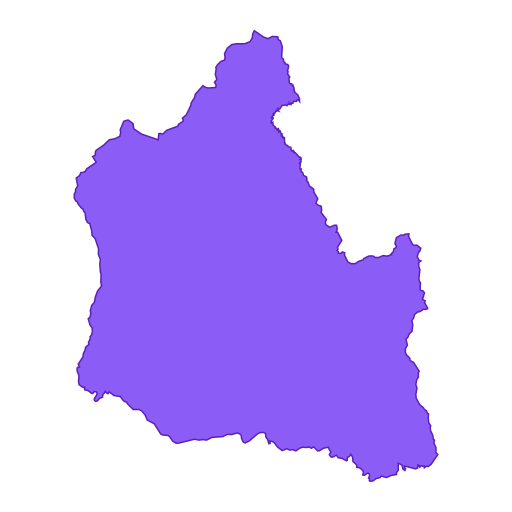 the district of La Unión, Antioquia, Colombia
{"feature_id": "7082276B25571506538926", "entity_name": "La Unión", "entity_type": "district", "adm_level": 2, "iso_a3": "COL", "parent_name": "Colombia", "parent_adm1": "Antioquia", "projection": "orthographic", "projection_center": [-75.352, 5.952], "detail": "fine", "context": "isolated", "style": "filled", "palette": "violet", "viewbox_px": 512, "rotation_deg": 0, "n_neighbors": 0, "source": "geoboundaries", "source_scale": "gbopen_adm2", "svg_char_len": 5999}
<svg xmlns="http://www.w3.org/2000/svg" viewBox="0 0 512 512"><path d="M431.2,464.2L437.8,454.6L435.9,452.3L436.0,447.5L433.9,443.1L434.5,440.1L433.4,439.2L432.6,434.9L430.8,431.2L430.2,428.5L430.7,425.7L428.8,422.9L428.2,418.2L428.6,413.9L427.4,413.2L426.4,410.6L424.5,409.7L423.6,407.9L419.5,404.4L416.2,398.1L415.8,394.6L417.0,388.0L415.8,384.5L416.9,379.2L418.4,377.2L418.3,373.1L419.2,371.3L413.7,362.6L410.1,360.5L409.7,358.0L406.6,355.0L405.3,352.4L405.4,348.8L407.4,345.1L406.0,339.3L407.9,337.2L409.3,333.8L412.0,331.4L412.8,324.7L411.8,320.8L413.7,317.8L414.6,314.5L417.5,312.0L419.7,311.7L423.8,309.1L425.6,309.5L427.5,308.8L427.6,308.1L424.7,302.9L425.2,300.8L422.5,299.4L424.5,292.8L423.0,290.9L420.6,290.5L420.1,288.6L420.5,282.8L419.3,281.2L418.9,278.6L419.9,269.7L418.8,266.6L418.7,262.4L420.9,260.9L418.8,260.0L417.3,256.8L418.2,253.1L420.0,250.8L420.8,248.2L417.0,245.2L413.5,245.2L412.6,244.5L408.7,236.8L408.9,233.8L404.7,234.3L403.4,235.2L400.9,235.0L396.4,237.7L394.9,243.5L396.3,246.2L396.2,247.5L393.9,248.9L393.3,251.8L391.5,253.4L391.6,254.7L390.5,254.6L389.5,255.5L386.6,256.1L383.1,255.6L378.6,257.5L374.6,257.4L373.9,256.3L371.2,255.9L368.6,256.1L364.0,258.4L363.0,259.9L358.5,261.4L355.4,263.6L351.3,263.7L347.8,261.9L345.0,256.2L344.4,254.1L344.8,252.8L342.4,251.9L340.7,253.4L338.3,253.2L338.2,251.5L337.0,250.5L338.0,249.1L337.5,247.2L341.8,240.4L337.6,232.1L336.1,232.2L337.3,229.0L336.6,225.3L334.4,225.2L329.8,227.2L325.8,224.7L325.3,222.0L326.5,219.6L320.9,212.1L321.7,210.5L321.2,206.2L317.9,205.1L315.8,203.0L317.8,198.8L313.9,192.1L313.6,189.0L309.4,186.0L308.0,182.1L306.4,180.2L306.9,179.2L306.5,176.9L303.6,175.4L302.7,172.7L301.1,171.2L301.2,169.0L300.3,169.1L299.9,167.6L300.4,163.7L299.6,163.4L301.1,161.7L300.7,161.1L301.1,159.9L300.1,159.3L301.1,158.8L300.8,157.3L299.3,157.1L295.3,152.7L294.2,152.8L294.1,151.4L293.2,151.5L293.1,150.5L291.4,150.8L290.8,147.3L288.4,146.9L287.6,145.4L286.0,145.1L284.9,144.0L285.3,143.3L284.6,142.7L284.4,137.8L283.5,138.1L283.4,137.2L282.5,137.5L282.4,135.9L281.4,135.7L282.2,134.0L281.0,133.6L280.2,131.1L278.7,132.0L278.8,130.8L277.9,130.3L278.9,130.1L278.4,128.7L277.2,129.4L276.6,128.2L275.2,128.0L275.1,126.8L273.2,125.2L272.8,123.2L271.9,124.1L272.7,122.3L271.0,122.7L271.1,121.3L273.1,118.5L273.0,117.7L272.1,118.1L271.5,117.6L272.9,115.5L273.8,115.2L273.2,114.1L273.8,113.3L274.5,113.7L276.3,110.3L276.9,111.1L277.4,110.5L278.7,111.0L277.8,109.6L278.1,108.3L279.7,109.1L282.2,105.4L285.6,105.0L287.0,105.7L288.2,104.1L289.7,104.4L289.4,102.8L291.0,104.2L291.0,103.4L292.9,103.3L293.2,101.4L296.6,101.4L296.8,100.1L298.1,99.6L299.6,101.5L299.4,98.5L297.7,94.7L294.5,92.2L294.7,91.1L293.6,89.9L294.2,89.1L293.6,86.8L292.8,86.2L293.1,85.3L292.2,85.3L291.7,83.7L290.2,83.8L289.4,82.8L288.9,78.1L289.8,77.1L287.6,73.8L288.1,71.7L287.5,71.1L288.7,66.2L287.8,64.5L285.1,63.9L285.0,62.5L283.7,61.8L283.5,59.4L281.6,57.5L282.3,46.6L280.4,40.9L278.3,39.6L277.8,36.8L272.4,36.4L268.0,38.6L263.5,37.0L254.3,30.7L252.7,34.0L252.3,37.8L250.1,41.6L244.6,43.8L236.5,43.7L231.7,44.6L227.3,48.2L224.5,53.6L225.1,57.4L224.5,60.1L220.9,61.4L217.8,64.4L215.8,67.4L216.2,68.8L215.3,74.3L216.8,79.5L214.4,82.3L216.1,85.0L215.7,87.5L208.2,88.0L204.8,87.1L203.0,85.6L195.3,94.2L194.6,97.5L191.2,102.9L190.9,105.2L186.4,114.7L182.4,118.2L183.2,120.2L183.0,121.3L178.4,124.3L177.9,126.1L166.7,130.3L162.6,134.3L160.6,133.4L158.8,133.6L158.2,139.8L141.6,134.1L133.8,128.8L133.0,123.5L128.1,120.0L123.8,121.2L120.2,129.8L120.7,132.6L119.8,136.3L114.8,138.8L109.4,139.7L103.6,145.2L96.3,150.2L95.5,151.5L95.1,155.4L92.6,156.5L96.2,162.3L86.7,168.8L85.4,171.2L83.2,172.4L80.8,172.6L79.7,175.4L76.2,178.1L77.7,185.8L75.6,189.3L75.4,192.3L74.3,193.9L74.2,197.9L75.9,201.1L77.0,201.4L78.0,203.9L81.8,208.5L83.0,209.0L83.9,211.6L85.0,212.6L85.9,219.4L87.4,222.5L89.8,223.6L91.7,231.0L92.1,235.4L95.1,238.5L98.5,248.6L98.4,254.7L100.4,259.2L99.8,263.9L100.4,272.3L101.1,274.4L100.8,282.0L101.6,286.0L97.6,290.9L95.4,296.8L94.4,302.3L92.0,305.0L91.3,306.8L90.3,311.1L90.8,312.6L90.2,316.8L88.2,318.8L90.1,325.2L92.0,327.8L92.4,331.1L91.8,334.4L90.1,336.8L90.3,338.5L88.4,342.6L89.0,344.3L85.7,347.1L85.0,350.3L83.4,353.4L82.9,357.0L78.2,364.1L79.5,366.8L77.5,367.4L77.0,368.5L77.2,371.3L79.0,375.8L78.5,381.4L79.1,384.7L82.9,387.4L84.5,387.1L84.6,389.8L88.2,390.7L91.5,393.3L92.6,393.5L94.5,391.5L96.4,391.9L97.2,394.0L94.2,398.9L94.5,400.4L95.6,401.3L97.4,400.9L99.9,398.0L102.5,397.4L102.9,394.4L104.5,393.1L105.1,391.4L107.5,393.6L108.4,393.5L108.8,392.1L109.6,392.1L114.0,395.6L120.3,396.5L122.8,400.0L124.7,401.6L126.6,402.1L127.7,404.1L133.2,409.5L139.2,409.5L141.9,411.1L145.2,415.1L147.2,420.0L154.3,423.8L160.7,434.0L162.8,435.0L168.0,435.5L169.5,436.5L172.8,441.3L176.0,443.2L178.3,443.2L194.5,439.2L199.1,440.1L202.7,439.6L206.5,440.1L211.9,437.4L222.8,436.6L227.1,434.4L232.0,434.5L236.7,433.0L239.2,433.6L241.1,435.0L241.6,438.6L243.3,442.2L245.2,442.9L248.9,441.2L258.0,433.5L260.6,432.5L263.8,432.5L265.5,433.4L265.9,437.1L267.6,439.5L268.8,443.7L270.2,443.3L269.8,440.9L272.3,441.5L274.4,442.8L277.5,447.0L282.2,450.6L286.9,448.7L289.4,450.0L292.8,449.7L295.9,450.9L299.7,448.2L302.6,447.2L306.8,447.5L309.3,447.0L311.4,448.3L313.7,446.9L317.5,450.8L319.0,450.9L323.8,448.1L328.5,447.3L329.3,449.8L330.9,451.9L329.3,454.7L330.8,456.8L332.5,457.2L336.4,455.2L338.2,457.7L342.0,458.4L346.6,460.8L347.2,460.5L347.4,457.4L349.2,456.6L350.8,454.3L352.7,457.4L352.9,461.5L356.7,464.9L356.7,467.3L360.0,468.0L362.9,470.6L363.4,472.0L362.7,475.0L364.7,475.2L367.4,473.2L368.9,473.5L369.7,475.7L368.5,478.1L369.6,479.0L369.3,480.6L370.1,481.3L373.1,480.9L376.1,478.6L380.0,477.6L381.1,476.1L386.6,477.5L391.5,475.3L396.5,474.6L396.5,472.6L398.3,470.2L398.2,463.3L401.9,465.0L403.0,469.2L404.8,470.5L405.6,468.8L404.4,467.2L404.5,466.0L415.7,468.9L417.7,467.9L417.8,464.9L418.8,465.3L419.8,467.2L421.1,465.6L422.7,466.4L424.1,466.0L424.3,467.8L426.3,466.3L428.3,466.5L431.2,464.2Z" fill="#8b5cf6" stroke="#5b21b6" stroke-width="1.5"/></svg>